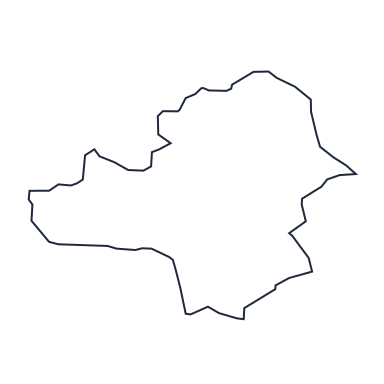 outline of Damagaram Takaya, Zinder, Niger, rotated 93°
{"feature_id": "23599985B91194911882215", "entity_name": "Damagaram Takaya", "entity_type": "district", "adm_level": 2, "iso_a3": "NER", "parent_name": "Niger", "parent_adm1": "Zinder", "projection": "equal_earth", "projection_center": [9.461, 14.063], "detail": "fine", "context": "isolated", "style": "outline", "palette": "slate", "viewbox_px": 384, "rotation_deg": 93, "n_neighbors": 0, "source": "geoboundaries", "source_scale": "gbopen_adm2", "svg_char_len": 1033}
<svg xmlns="http://www.w3.org/2000/svg" viewBox="0 0 384 384"><g transform="rotate(93 192 192)"><path d="M118.0,230.1L136.3,228.7L144.4,215.9L151.2,227.1L154.3,234.1L168.6,234.2L173.2,241.6L173.4,256.9L166.3,271.2L161.2,286.3L154.5,291.7L160.9,300.7L185.3,301.7L189.4,307.4L191.8,313.2L191.4,325.7L198.2,334.8L199.3,354.3L208.0,354.7L212.9,350.7L229.1,350.8L249.2,332.2L251.2,322.9L250.3,273.4L252.5,264.4L252.9,245.4L250.8,238.8L250.7,229.4L258.2,211.3L260.7,207.6L269.3,204.6L288.2,198.7L313.9,191.9L314.3,187.0L305.7,170.1L311.5,158.8L315.8,140.7L316.3,133.7L305.2,133.7L284.7,103.8L280.8,103.6L272.7,90.3L265.2,67.9L251.8,72.0L230.5,89.6L228.0,92.8L215.3,76.8L198.7,81.8L192.9,81.7L179.9,63.0L172.3,57.6L167.4,45.4L165.5,29.3L157.4,39.4L149.9,52.7L140.1,66.5L128.7,70.5L105.7,77.3L93.5,78.2L81.5,94.6L73.6,113.4L67.7,121.9L68.8,136.9L82.7,157.6L86.8,158.3L89.2,162.9L89.7,180.4L87.7,185.8L87.8,188.0L94.0,193.9L98.5,203.2L110.2,208.5L112.2,210.4L112.8,225.3L118.0,230.1Z" fill="none" stroke="#1e293b" stroke-width="2"/></g></svg>